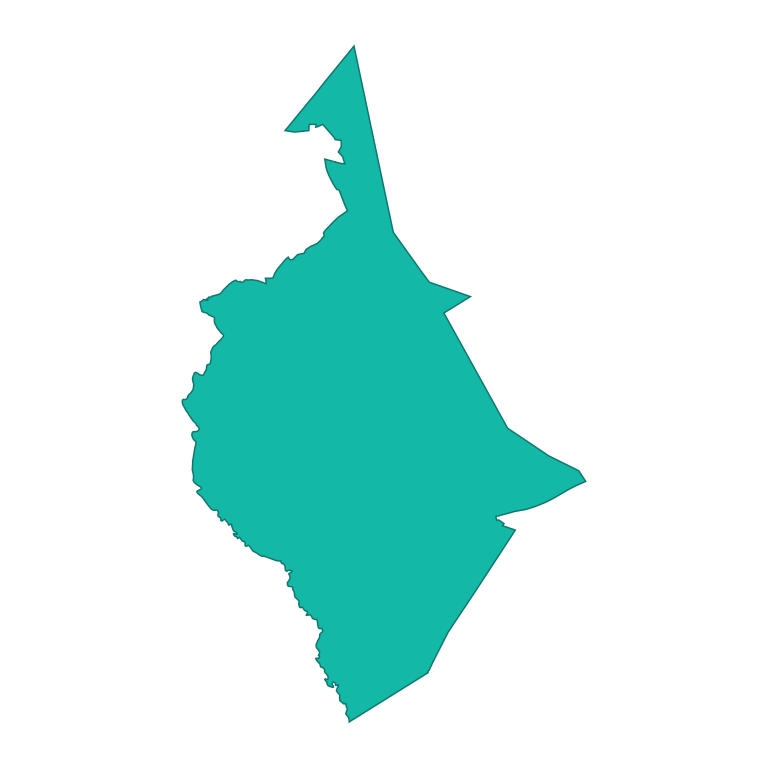 outline of Nuenen, Gerwen en Nederwetten, Noord-Brabant, Netherlands
{"feature_id": "6326949B11181264963907", "entity_name": "Nuenen, Gerwen en Nederwetten", "entity_type": "district", "adm_level": 2, "iso_a3": "NLD", "parent_name": "Netherlands", "parent_adm1": "Noord-Brabant", "projection": "albers", "projection_center": [5.532, 51.486], "detail": "fine", "context": "isolated", "style": "filled", "palette": "teal", "viewbox_px": 768, "rotation_deg": 0, "n_neighbors": 0, "source": "geoboundaries", "source_scale": "gbopen_adm2", "svg_char_len": 6115}
<svg xmlns="http://www.w3.org/2000/svg" viewBox="0 0 768 768"><path d="M349.2,721.9L427.9,672.8L427.6,672.5L428.6,670.5L429.2,670.2L432.5,662.9L448.1,632.2L474.9,592.0L515.3,530.1L502.6,525.7L504.0,523.6L498.9,520.1L497.9,520.0L496.7,520.2L495.8,516.6L514.4,511.5L526.1,509.4L535.6,506.3L543.9,503.0L548.9,500.7L556.0,496.8L569.1,489.2L576.4,485.5L585.7,481.4L578.8,470.8L548.8,455.9L507.6,428.2L443.9,313.0L470.4,296.6L429.3,282.2L421.0,271.0L393.3,232.3L354.0,46.1L325.0,81.6L313.6,96.0L311.8,98.2L311.4,98.5L285.1,130.6L294.7,132.1L308.8,130.6L309.2,124.4L316.0,124.4L316.0,126.5L315.8,127.1L318.0,126.6L322.5,124.4L322.8,124.4L334.2,137.5L335.1,139.6L341.2,140.4L341.3,145.5L341.2,146.5L340.8,147.6L338.3,152.0L342.6,156.6L344.8,163.7L342.3,163.6L339.4,163.1L324.8,159.1L326.0,166.9L326.6,169.4L327.0,170.7L329.1,175.9L333.0,183.6L334.9,186.7L337.0,189.6L337.7,189.6L338.5,189.8L339.3,190.6L344.9,205.1L347.4,210.8L338.5,217.1L337.0,218.4L333.2,222.1L325.1,230.5L323.6,232.7L324.2,236.2L322.1,238.1L321.7,239.1L320.7,240.2L317.4,243.4L311.1,246.2L306.3,249.3L305.8,249.9L304.0,253.3L298.4,254.4L297.4,254.8L292.6,259.7L292.3,259.6L290.6,259.8L289.8,259.5L288.2,257.1L285.8,259.1L277.7,268.7L274.9,273.1L272.9,278.1L269.4,278.3L265.4,278.3L266.1,281.9L266.2,282.8L266.0,283.7L258.1,280.7L252.8,279.9L250.9,279.8L249.3,280.0L245.7,279.8L245.1,280.1L242.8,282.2L241.7,282.4L241.3,282.3L240.3,281.5L238.9,281.7L237.8,281.5L236.8,281.0L236.0,280.3L235.6,280.2L232.6,281.7L229.1,284.3L223.9,289.4L220.8,293.2L219.5,294.2L211.7,296.3L210.6,297.4L210.3,297.2L209.6,297.4L209.2,297.0L208.9,297.0L208.3,298.1L207.4,298.4L206.6,299.2L207.6,299.5L207.8,299.8L207.3,300.3L206.3,300.4L203.7,299.5L201.5,301.4L200.0,301.8L200.1,303.7L201.1,308.2L202.0,311.3L202.3,311.7L203.7,312.3L206.3,312.9L207.1,313.3L209.2,315.2L210.0,315.3L211.7,316.3L214.1,317.1L214.5,318.1L214.3,321.4L214.4,322.0L215.3,324.5L216.3,326.1L217.0,327.6L218.2,329.3L219.6,330.9L220.9,332.7L223.5,335.0L223.5,335.9L223.2,336.6L221.6,338.7L220.2,340.2L218.7,341.6L216.0,344.6L214.2,345.9L213.0,347.1L210.9,351.6L210.8,353.1L211.2,355.8L211.2,357.5L210.9,360.3L210.3,362.9L210.3,363.5L209.7,364.1L207.6,364.7L207.1,365.1L206.7,365.8L206.4,369.1L205.7,370.7L204.6,372.3L203.7,374.6L203.2,375.2L202.0,375.3L199.6,374.7L197.7,373.3L196.2,372.5L195.5,372.4L194.4,373.0L193.3,375.7L192.5,378.3L192.8,380.9L193.7,384.2L193.5,386.9L193.2,388.7L193.0,389.6L191.3,392.3L190.2,393.5L188.5,395.1L187.9,396.1L187.5,397.6L186.8,398.8L186.4,399.2L185.6,399.4L184.3,399.5L183.3,399.4L183.0,399.5L182.5,400.2L182.3,400.9L182.3,401.8L182.5,403.5L182.9,404.8L184.9,408.3L185.8,410.2L188.1,413.3L188.6,414.3L192.0,419.4L193.4,421.2L195.4,423.0L196.9,425.6L198.8,427.3L199.1,428.2L199.1,429.1L198.9,429.7L198.2,430.6L197.2,431.3L196.2,431.6L193.4,431.7L192.5,432.2L192.2,432.9L191.8,435.0L192.1,436.2L193.4,439.3L195.4,441.3L195.9,442.1L196.1,442.7L195.8,444.3L195.0,447.0L194.4,451.1L194.1,452.2L193.9,454.1L193.6,455.4L193.3,457.7L192.6,461.5L192.7,463.5L192.4,467.7L192.3,469.6L192.5,470.7L193.3,474.0L193.5,475.9L193.5,478.5L193.2,479.8L193.2,480.5L193.7,481.6L194.4,482.6L197.0,484.7L200.9,487.2L201.3,487.8L201.4,488.1L201.3,488.6L200.6,489.4L197.2,491.0L196.9,491.7L197.0,492.4L198.4,494.0L201.3,496.3L202.5,497.5L208.2,505.4L211.4,509.2L212.1,509.7L213.6,510.2L214.6,510.3L216.4,510.0L217.5,510.3L218.3,512.1L218.4,512.6L217.9,515.2L218.0,515.9L218.6,516.6L220.7,517.9L220.9,519.2L220.8,520.1L220.9,520.6L221.5,520.9L222.1,520.9L223.9,519.7L224.9,519.3L227.9,522.9L228.4,523.8L228.4,524.6L228.6,525.0L229.2,525.0L230.8,524.2L231.5,524.4L231.8,525.7L232.1,527.3L233.5,530.8L236.1,532.2L237.1,533.6L237.0,534.1L236.5,534.4L234.0,533.4L233.6,533.5L233.5,534.2L233.9,535.1L234.8,536.1L237.0,537.2L237.3,537.7L237.4,538.2L237.6,538.5L238.0,538.4L238.4,537.9L238.9,537.6L239.5,537.5L240.2,538.2L242.3,541.0L244.9,542.1L245.1,542.4L245.1,545.4L245.4,546.0L246.4,546.2L248.1,545.5L249.1,545.7L250.9,548.0L252.9,551.0L257.0,553.2L258.8,554.6L261.2,556.0L265.2,556.5L275.6,560.4L278.8,560.9L281.0,561.1L281.0,562.2L281.3,562.9L282.1,563.5L283.8,564.1L284.7,565.6L285.0,566.3L285.3,569.6L285.6,570.4L286.0,570.9L286.9,571.3L287.8,570.6L288.9,570.3L291.5,570.6L292.0,570.9L292.0,571.5L291.6,572.0L289.1,573.4L288.8,573.9L288.8,574.2L289.3,574.8L289.7,575.6L290.1,577.1L290.1,577.6L289.9,578.6L289.2,580.1L287.5,582.4L287.4,583.2L287.4,584.5L287.7,585.5L288.1,586.0L288.6,586.3L291.6,586.7L292.6,587.1L292.9,587.4L292.9,587.7L292.6,588.6L292.7,589.4L292.8,589.7L293.5,590.6L294.1,591.7L294.4,593.4L294.5,594.5L295.0,597.1L297.1,599.0L298.7,600.6L299.0,601.1L299.1,601.8L298.8,603.4L298.8,604.4L299.3,606.5L299.7,607.3L300.8,607.7L301.8,607.2L302.4,607.3L303.1,608.1L304.0,609.6L304.8,610.5L307.5,611.9L307.7,612.3L307.7,612.7L306.5,614.5L306.3,615.1L306.4,615.3L308.0,615.2L309.4,614.8L310.1,614.9L311.1,615.7L312.2,617.8L313.0,618.7L315.0,619.4L316.5,619.4L317.3,620.7L317.9,625.6L318.4,627.6L318.7,628.1L319.7,628.6L321.5,628.5L321.9,628.7L322.2,629.4L322.8,630.9L322.8,631.3L322.7,631.6L320.9,633.0L319.9,634.1L319.7,635.2L319.6,636.9L319.3,637.9L317.6,640.9L316.6,643.8L316.0,645.0L316.4,647.5L316.7,648.0L318.1,649.5L319.5,651.8L319.7,652.5L319.3,653.9L318.5,655.3L319.4,656.1L319.4,656.9L319.2,657.4L318.6,658.3L316.0,658.3L315.8,658.9L316.1,659.5L317.5,661.4L319.9,664.0L320.6,666.8L323.4,668.0L324.2,668.9L324.6,670.4L324.6,671.7L324.8,672.1L327.8,675.7L328.1,677.1L328.2,678.4L328.0,678.9L327.4,679.4L325.3,678.9L325.0,679.1L324.8,679.4L324.9,679.8L326.2,681.3L326.8,682.6L327.2,684.2L327.6,684.9L328.2,685.7L329.9,686.5L332.4,687.3L333.1,687.3L333.4,687.1L333.5,686.8L333.4,686.3L332.1,684.1L332.1,683.8L332.7,682.6L333.3,682.2L334.2,682.3L335.2,683.1L335.6,684.2L335.4,685.0L335.5,685.3L336.6,685.4L337.7,685.0L338.2,685.1L338.4,685.3L338.4,685.8L337.1,688.4L336.5,690.2L336.5,690.9L337.7,692.7L339.6,694.8L339.7,695.0L339.6,697.6L339.9,700.8L341.5,701.8L343.3,703.7L344.5,703.9L345.6,703.7L345.8,703.8L346.3,706.5L347.0,708.0L347.2,709.4L346.8,710.7L346.0,712.7L345.9,713.9L346.1,714.4L348.9,717.9L349.2,721.9Z" fill="#14b8a6" stroke="#0f766e" stroke-width="1.5"/></svg>